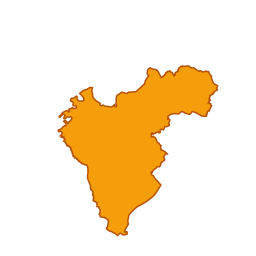 Phibun Mangsahan, Ubon Ratchathani, Thailand, rotated 37°
{"feature_id": "78962969B76459956154531", "entity_name": "Phibun Mangsahan", "entity_type": "district", "adm_level": 2, "iso_a3": "THA", "parent_name": "Thailand", "parent_adm1": "Ubon Ratchathani", "projection": "natural_earth1", "projection_center": [105.21, 15.161], "detail": "fine", "context": "isolated", "style": "filled", "palette": "amber", "viewbox_px": 256, "rotation_deg": 37, "n_neighbors": 0, "source": "geoboundaries", "source_scale": "gbopen_adm2", "svg_char_len": 5854}
<svg xmlns="http://www.w3.org/2000/svg" viewBox="0 0 256 256"><g transform="rotate(37 128 128)"><path d="M184.5,220.1L184.7,217.4L185.0,216.8L185.7,216.4L188.2,216.4L189.0,215.9L191.1,213.7L191.0,213.1L190.0,211.7L189.2,211.7L188.4,213.0L187.8,213.0L187.5,212.6L187.1,211.6L186.1,204.4L184.0,202.6L183.3,201.6L181.2,197.0L181.3,192.8L182.3,187.3L183.1,184.3L184.2,182.4L186.6,176.5L187.7,173.3L189.1,167.5L189.5,164.8L188.6,153.7L179.3,152.0L177.4,150.9L175.2,151.1L174.1,150.6L173.1,149.3L173.1,148.8L173.6,148.5L174.1,148.6L173.6,146.9L174.0,144.8L174.6,143.5L174.4,141.6L176.4,140.1L176.5,138.8L176.2,137.6L175.2,135.6L176.0,134.2L176.1,132.6L176.6,131.7L176.1,131.4L176.2,131.1L174.0,129.8L173.5,127.2L173.5,126.5L173.9,125.6L174.6,125.5L174.9,125.0L172.1,124.7L168.9,125.0L167.7,125.8L167.0,124.8L166.3,124.5L165.3,123.3L164.9,122.1L163.4,122.2L162.1,121.5L160.0,121.8L155.7,119.2L154.2,119.6L153.6,119.4L153.5,119.8L152.0,120.9L151.7,120.1L150.5,119.1L149.9,118.1L150.6,117.2L151.5,117.9L152.0,117.8L152.1,116.7L153.0,115.8L153.4,114.3L154.0,113.7L154.3,112.9L155.3,113.3L156.3,112.7L156.4,112.2L155.2,110.9L154.7,109.6L155.6,108.8L157.3,108.3L157.3,106.9L156.6,105.1L156.6,104.5L158.0,103.8L159.5,101.1L159.3,100.6L158.5,100.4L157.7,99.6L156.5,96.2L155.3,96.3L154.4,97.0L154.1,96.2L154.2,95.6L153.7,95.6L152.8,94.7L154.4,90.4L156.6,88.5L159.7,86.4L160.3,85.4L160.7,83.2L161.0,82.6L162.6,81.9L165.6,81.5L168.9,80.1L169.2,79.5L169.4,76.5L169.8,75.9L173.3,74.8L179.6,74.0L180.9,73.4L183.5,71.4L182.9,70.2L182.0,69.6L182.6,68.8L181.6,67.7L181.9,67.1L181.6,65.9L182.5,65.7L182.7,65.0L182.1,64.4L181.7,62.1L181.7,61.2L181.1,60.4L181.2,59.8L180.2,59.8L179.6,59.0L179.4,59.3L178.6,59.1L178.1,59.6L177.2,58.8L177.0,59.0L177.2,58.2L176.6,57.8L176.8,57.3L176.2,56.8L176.4,56.7L176.4,56.2L176.6,56.1L176.0,55.8L175.1,55.7L174.7,54.9L174.9,54.5L174.6,54.0L174.6,53.3L174.1,52.8L174.7,51.3L174.6,50.3L175.2,50.4L175.4,50.0L175.5,48.4L175.0,47.8L175.0,47.3L176.2,44.5L176.4,43.6L176.2,43.3L175.9,43.5L174.8,43.0L174.2,40.3L170.7,40.9L169.2,40.8L164.9,38.2L163.4,36.3L160.3,35.7L158.4,34.5L158.1,35.1L156.2,35.4L155.1,37.2L153.5,38.6L151.9,38.5L151.0,38.8L150.7,40.0L148.3,40.3L144.5,40.3L143.5,41.2L140.9,42.2L139.3,41.8L138.5,42.8L137.9,42.9L137.4,43.6L137.0,43.6L136.1,44.9L134.9,45.4L134.8,45.9L134.3,45.7L133.8,46.0L133.5,46.9L133.0,47.2L133.0,48.2L132.6,49.1L132.9,50.3L132.9,51.5L133.2,51.8L133.4,51.6L133.6,52.0L133.4,52.1L133.6,53.1L133.3,53.0L133.3,53.7L132.4,55.2L132.8,56.1L133.2,56.3L133.0,56.7L133.8,57.5L133.4,58.4L133.1,58.7L132.6,58.2L129.7,57.1L128.8,57.7L128.3,57.6L127.2,57.0L126.7,57.6L126.2,58.8L125.9,59.2L125.6,59.1L125.3,59.9L125.5,60.3L124.9,61.3L125.3,61.7L125.3,62.8L125.5,63.2L125.2,63.4L125.2,64.3L124.8,65.1L125.1,65.6L124.9,66.0L124.9,66.4L124.5,66.6L124.0,67.7L118.6,65.0L116.6,64.4L114.8,64.7L112.0,66.2L109.4,66.7L108.9,68.2L108.8,70.0L110.6,73.1L111.1,73.5L113.2,73.8L113.1,77.0L113.4,79.7L114.7,82.9L112.5,94.2L112.2,94.7L110.8,95.6L109.0,97.4L107.0,99.0L106.5,101.0L105.0,101.8L101.7,102.9L99.6,108.4L99.8,109.5L101.1,112.1L103.0,114.3L103.9,116.2L105.7,117.0L105.8,118.0L104.9,118.7L103.1,117.6L102.6,120.6L102.2,121.2L99.9,122.3L96.5,124.5L94.4,124.6L93.2,126.3L92.5,126.6L91.6,126.3L91.2,125.2L90.8,125.0L86.9,125.4L82.2,125.0L80.5,123.8L79.3,122.2L76.7,120.1L75.3,117.1L73.2,118.6L72.0,121.7L70.4,123.9L69.4,125.9L68.6,129.3L69.1,129.7L70.7,129.7L74.8,130.9L76.1,132.2L76.0,133.2L73.7,135.3L72.6,136.0L70.2,135.7L68.4,133.7L67.7,133.5L66.6,137.0L65.2,138.0L64.9,138.7L65.5,140.5L65.9,141.0L67.6,140.5L69.0,140.7L69.4,140.9L70.1,142.7L70.6,143.1L71.3,142.9L73.2,141.6L74.5,142.4L74.7,143.1L72.5,145.5L71.2,145.2L70.9,146.6L69.7,147.9L69.6,148.6L71.3,150.1L71.3,150.6L71.0,150.9L68.9,150.7L68.3,151.3L66.5,155.0L66.5,158.6L66.0,160.1L66.4,160.6L67.2,160.3L67.5,157.4L68.4,155.7L70.1,155.7L70.6,158.5L70.9,158.9L71.5,159.0L72.2,158.5L72.7,155.7L74.1,155.1L75.6,153.4L76.7,153.5L77.3,154.0L77.7,154.9L77.7,156.0L77.1,158.7L77.5,159.9L77.4,160.6L77.1,160.7L76.3,159.9L75.0,160.0L73.7,159.6L73.1,160.0L72.6,160.8L72.6,161.3L72.9,161.5L75.2,161.6L76.5,162.6L77.1,163.5L75.8,164.4L75.1,168.8L74.7,169.9L73.7,171.4L73.9,172.3L75.0,172.6L75.3,172.1L75.2,171.8L76.9,171.1L77.9,171.2L78.5,171.8L78.7,173.2L79.1,173.6L78.9,174.3L79.1,174.1L79.3,174.4L79.6,174.0L79.5,174.4L79.8,174.4L80.0,175.1L80.2,174.8L80.3,175.0L80.5,174.6L80.7,174.9L81.0,174.7L81.0,175.1L81.3,175.0L81.2,174.8L81.8,173.8L81.9,174.1L82.5,174.4L82.3,174.7L83.6,174.5L83.9,174.8L83.8,175.0L84.4,175.2L84.5,177.2L85.8,176.7L86.2,177.2L86.8,176.8L87.4,177.7L88.4,177.9L88.4,178.1L88.8,178.3L89.1,178.1L89.1,178.4L89.2,178.1L89.6,178.2L89.9,178.4L89.7,178.6L90.1,178.9L90.4,178.2L90.9,178.5L91.9,177.9L92.5,178.1L92.8,178.6L94.1,178.1L94.8,179.1L95.5,179.0L95.7,179.9L96.5,180.0L96.7,180.3L97.2,180.2L97.6,180.8L98.2,180.9L98.3,181.3L99.0,181.5L99.0,181.8L99.2,181.7L100.1,182.3L100.8,183.4L101.2,183.5L101.3,183.2L101.8,183.1L101.9,183.3L102.7,183.3L103.2,183.9L103.5,183.1L105.5,183.6L105.6,183.3L106.2,183.2L107.5,183.8L108.0,183.7L108.0,184.0L108.8,184.3L109.5,183.9L111.4,184.1L111.7,183.8L112.6,184.2L113.7,183.9L114.2,183.4L115.3,183.6L117.1,182.4L118.4,182.9L120.7,184.7L121.1,185.6L122.6,187.2L124.3,190.3L126.2,192.7L132.5,196.5L135.3,199.5L136.5,199.5L138.5,200.2L139.4,201.5L139.4,202.0L140.0,202.1L140.1,202.6L140.7,202.7L140.6,203.0L140.9,203.2L141.7,203.2L141.7,203.5L142.9,204.9L142.8,205.3L143.5,205.8L143.6,206.5L143.9,206.4L144.3,207.0L145.3,207.0L146.0,206.4L147.6,206.6L148.3,206.4L148.9,207.5L150.3,208.8L150.5,209.4L151.8,208.6L155.5,210.7L156.6,212.4L157.1,214.5L158.2,214.5L158.8,215.3L159.4,215.5L162.3,214.3L162.8,213.7L163.2,213.9L164.0,213.5L165.4,213.4L166.9,213.7L168.1,213.6L171.0,218.9L171.2,219.8L170.9,220.7L171.7,221.4L174.9,221.5L176.4,220.8L180.8,220.1L184.5,220.1Z" fill="#f59e0b" stroke="#b45309" stroke-width="1.5"/></g></svg>